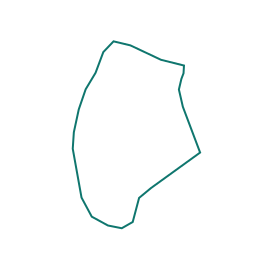 outline of Keelung City, rotated 53°
{"feature_id": "TWN-1164", "entity_name": "Keelung City", "entity_type": "Provincial City", "adm_level": 1, "iso_a3": "TWN", "parent_name": "Taiwan", "parent_adm1": "", "projection": "equal_earth", "projection_center": [121.703, 25.114], "detail": "fine", "context": "isolated", "style": "outline", "palette": "teal", "viewbox_px": 256, "rotation_deg": 53, "n_neighbors": 0, "source": "natural_earth", "source_scale": "10m", "svg_char_len": 423}
<svg xmlns="http://www.w3.org/2000/svg" viewBox="0 0 256 256"><g transform="rotate(53 128 128)"><path d="M111.8,45.7L117.7,50.7L120.9,55.8L127.9,64.2L144.0,71.4L191.0,85.2L189.8,145.8L190.5,161.2L205.9,180.8L204.3,193.3L193.8,202.7L177.0,210.3L155.6,207.0L111.3,184.6L98.8,173.8L83.5,156.1L71.6,138.5L64.4,120.7L52.5,102.0L50.1,87.4L63.4,76.4L93.4,60.6L111.8,45.7Z" fill="none" stroke="#0f766e" stroke-width="2"/></g></svg>